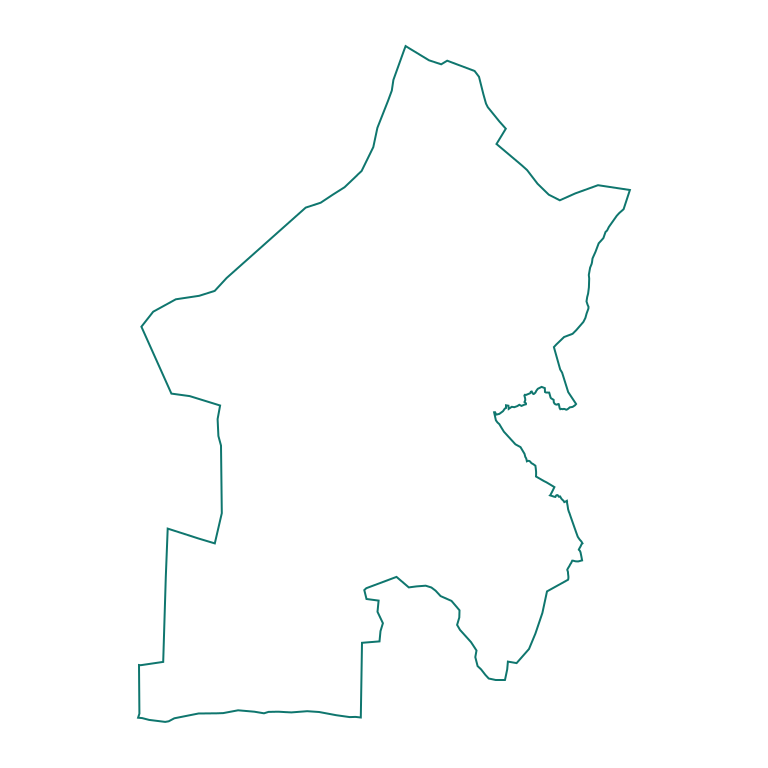 Wamakko, Sokoto, Nigeria (Equal Earth projection)
{"feature_id": "59680162B10831398447622", "entity_name": "Wamakko", "entity_type": "district", "adm_level": 2, "iso_a3": "NGA", "parent_name": "Nigeria", "parent_adm1": "Sokoto", "projection": "equal_earth", "projection_center": [5.187, 13.089], "detail": "fine", "context": "isolated", "style": "outline", "palette": "teal", "viewbox_px": 768, "rotation_deg": 0, "n_neighbors": 0, "source": "geoboundaries", "source_scale": "gbopen_adm2", "svg_char_len": 4005}
<svg xmlns="http://www.w3.org/2000/svg" viewBox="0 0 768 768"><path d="M138.1,717.7L142.2,718.1L149.1,719.9L165.2,721.9L168.7,721.3L174.3,718.3L198.5,713.5L217.1,713.3L223.2,713.1L238.1,710.3L254.3,711.7L264.0,713.3L268.5,711.9L278.4,711.7L285.2,712.1L291.4,712.4L307.2,711.2L319.1,712.0L336.2,715.2L349.8,717.1L355.5,716.9L360.8,717.5L362.0,642.8L379.5,641.4L380.5,631.1L382.9,623.2L377.5,611.8L378.6,600.6L366.5,599.0L364.3,590.1L366.3,588.2L396.5,576.9L408.8,587.4L416.5,586.4L425.7,585.7L431.4,587.5L435.6,590.7L440.6,596.1L451.5,600.9L459.5,610.3L459.3,617.5L457.1,624.9L460.0,629.9L471.0,642.1L476.5,650.5L475.3,657.1L477.6,666.1L481.1,669.4L485.3,674.8L488.7,678.5L495.7,680.0L504.8,680.0L504.9,679.9L505.0,679.9L507.2,669.4L507.9,661.6L516.6,663.1L529.0,649.0L535.4,633.6L542.4,612.9L547.0,591.4L568.1,579.7L568.3,578.8L568.4,577.6L568.4,576.7L568.3,575.7L568.2,575.0L568.1,574.0L568.0,573.1L568.0,572.6L567.9,571.7L567.7,571.1L567.4,570.3L567.3,569.6L568.1,568.1L569.4,566.0L570.2,564.4L571.2,562.9L572.2,560.7L573.1,560.7L574.3,561.0L575.5,561.3L576.9,561.4L577.8,561.4L578.4,561.4L578.6,561.3L579.5,561.1L580.8,560.7L582.1,560.4L581.3,556.1L581.0,554.7L580.5,552.2L579.8,550.7L578.8,549.7L579.4,548.4L580.5,546.5L581.2,545.0L581.5,544.2L582.5,543.4L581.8,542.2L581.4,541.5L579.7,539.6L578.1,537.3L577.7,536.6L575.6,530.8L575.6,530.7L574.7,528.2L570.8,517.1L569.3,512.7L568.9,511.9L568.1,509.2L567.6,505.8L567.0,502.5L567.1,501.7L566.9,500.8L566.1,501.3L564.3,502.1L563.8,501.2L563.1,500.4L562.1,499.5L561.5,498.8L560.9,497.9L560.5,497.1L560.0,496.4L559.0,496.8L558.8,496.7L558.2,495.9L557.7,495.2L557.2,495.1L556.4,495.3L555.8,496.1L555.5,496.7L555.4,496.9L554.6,496.8L553.5,496.5L551.8,495.9L550.4,495.5L550.1,495.4L550.3,495.2L552.5,491.0L554.4,487.1L548.1,483.3L546.4,482.3L543.8,481.0L536.0,476.5L536.1,474.3L536.1,471.9L535.8,468.7L535.4,465.7L533.0,464.0L532.0,463.5L531.0,462.7L530.2,461.6L529.3,461.0L528.0,460.8L526.9,461.3L526.2,458.4L525.3,456.9L524.5,453.8L520.5,447.1L515.4,444.3L503.9,431.7L501.5,427.8L499.3,424.1L497.5,422.5L495.9,420.3L494.1,412.3L495.0,412.2L496.3,414.6L499.3,413.9L503.0,411.2L504.8,408.6L506.0,408.0L506.0,405.3L508.4,405.7L508.7,408.9L510.0,408.0L511.8,406.8L514.3,407.2L517.3,406.1L519.3,404.8L521.5,405.9L524.3,404.7L525.9,404.3L526.0,403.5L525.2,402.5L524.5,402.0L525.3,400.1L525.1,398.2L524.4,395.6L524.8,394.8L526.1,394.9L526.8,394.6L530.0,393.3L530.4,393.0L530.8,391.8L531.7,391.5L532.9,393.6L533.4,394.0L534.1,393.8L535.4,392.6L536.3,390.8L537.8,388.8L541.6,386.9L544.8,388.1L545.0,392.0L545.9,392.5L549.2,392.6L550.6,397.6L551.1,398.3L553.6,399.8L553.8,402.3L554.5,403.6L555.4,404.3L556.4,404.6L557.4,404.5L557.8,404.2L558.2,404.0L558.8,404.2L559.3,406.4L559.6,408.0L560.3,409.2L561.7,408.9L562.5,409.1L562.8,409.2L563.8,408.9L564.6,409.0L565.3,409.3L566.2,409.7L567.0,409.5L567.6,409.1L568.3,408.7L569.7,407.4L572.6,406.9L575.0,405.3L576.1,404.0L568.2,392.1L562.1,372.6L560.2,369.5L553.9,347.1L556.4,344.4L564.1,337.0L572.6,333.8L576.3,330.1L583.4,321.9L585.4,317.9L586.6,313.5L588.4,308.6L588.5,306.8L587.6,304.8L586.5,301.4L587.2,297.0L588.1,293.6L588.9,287.4L589.2,278.5L588.8,275.0L590.1,267.7L591.6,264.0L592.0,262.3L592.5,258.5L595.5,251.8L598.7,243.3L603.4,238.1L605.5,232.0L607.1,230.5L608.9,226.9L616.8,215.7L619.3,213.0L623.6,209.2L629.9,190.0L598.0,185.2L575.3,193.4L559.8,200.3L548.8,194.7L537.5,183.7L527.1,170.1L522.0,165.5L496.5,144.0L505.8,128.7L499.4,121.5L487.8,107.2L486.0,103.6L483.4,94.3L479.0,76.8L474.6,71.0L447.2,60.7L441.2,64.3L429.0,60.3L405.6,46.1L404.0,50.4L393.4,79.9L391.8,90.6L388.0,100.9L377.4,127.8L373.3,147.1L361.6,171.0L357.5,174.8L357.2,175.2L344.6,187.2L332.9,194.6L320.7,202.7L305.7,207.6L226.6,278.0L214.7,290.9L199.2,295.8L175.8,299.3L153.2,311.7L141.4,326.7L171.4,393.6L189.7,396.1L220.1,405.5L217.6,419.1L218.4,436.0L221.0,445.6L221.8,513.2L214.8,543.4L198.5,538.5L167.7,528.6L165.8,576.8L163.2,661.9L140.7,665.2L139.0,665.0L139.4,713.7L138.1,717.7Z" fill="none" stroke="#0f766e" stroke-width="2"/></svg>